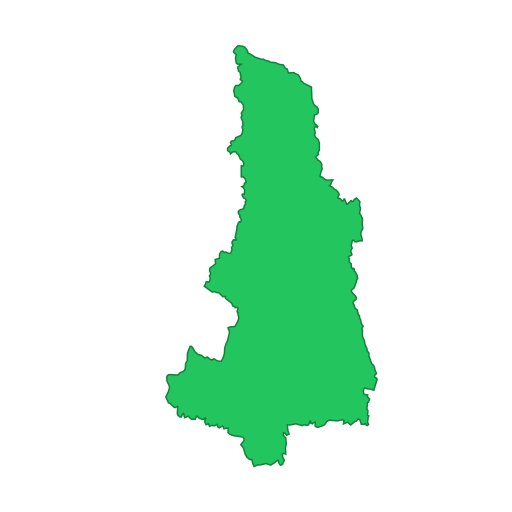 Ikongo, Vatovavy-Fitovinany, Madagascar (Natural Earth projection), rotated 351°
{"feature_id": "10022922B6018255004858", "entity_name": "Ikongo", "entity_type": "district", "adm_level": 2, "iso_a3": "MDG", "parent_name": "Madagascar", "parent_adm1": "Vatovavy-Fitovinany", "projection": "natural_earth1", "projection_center": [47.46, -21.855], "detail": "fine", "context": "isolated", "style": "filled", "palette": "green", "viewbox_px": 512, "rotation_deg": 351, "n_neighbors": 0, "source": "geoboundaries", "source_scale": "gbopen_adm2", "svg_char_len": 6121}
<svg xmlns="http://www.w3.org/2000/svg" viewBox="0 0 512 512"><g transform="rotate(351 256 256)"><path d="M144.9,381.1L146.6,387.4L147.8,388.0L151.7,392.8L152.7,393.1L154.8,392.2L155.1,392.6L153.6,399.3L154.0,401.2L155.4,402.9L157.0,403.4L159.1,400.2L159.6,400.2L160.1,400.9L160.0,402.9L160.4,404.6L164.2,403.6L165.8,406.3L167.1,407.3L170.4,407.8L172.1,405.0L173.0,405.2L174.4,407.2L177.1,408.9L178.5,409.1L180.6,408.0L180.8,408.7L179.9,410.1L179.5,412.1L180.3,414.9L182.6,414.3L183.6,417.0L185.7,416.3L188.3,417.3L191.3,416.2L191.7,419.0L192.7,420.0L196.1,418.8L197.0,419.5L197.3,421.7L201.3,421.4L201.5,422.3L200.7,426.1L202.5,428.2L205.8,430.0L214.6,432.7L215.6,434.5L215.4,436.3L211.5,439.9L213.6,443.7L214.4,450.3L215.5,453.3L217.5,455.6L218.8,456.4L220.2,456.4L220.3,460.5L221.2,463.6L225.1,462.6L227.2,463.0L233.4,462.6L237.8,464.8L242.1,463.1L244.8,461.3L246.0,461.3L246.1,463.5L246.8,465.7L247.8,466.5L249.6,465.9L252.1,462.0L251.0,459.6L250.9,455.9L252.6,455.4L254.4,456.4L255.0,450.5L256.4,446.4L257.0,440.5L254.9,437.4L255.5,434.9L257.2,435.8L258.2,437.9L260.8,437.1L260.2,433.5L260.5,427.5L262.5,428.2L269.2,428.0L275.1,430.8L276.6,430.3L280.8,431.3L281.7,430.7L283.6,427.4L284.2,428.1L283.3,429.3L285.5,430.6L286.4,429.8L288.5,429.4L287.8,433.2L288.7,434.3L290.6,434.9L296.3,433.8L298.2,432.7L300.1,430.4L302.7,429.7L310.8,431.6L315.5,431.2L317.2,432.2L316.1,435.5L320.5,434.5L323.1,437.7L327.8,434.9L329.1,434.9L331.2,433.1L332.0,433.1L333.0,434.3L333.7,438.7L336.3,439.1L338.0,438.7L338.4,440.4L339.5,440.9L340.9,439.9L340.2,437.9L341.5,432.9L342.4,431.6L341.2,430.7L342.4,426.3L341.8,424.6L341.8,423.1L342.7,421.0L342.8,418.9L343.6,418.0L344.3,418.0L345.8,414.9L344.0,412.7L344.6,410.7L341.7,409.9L341.0,409.2L340.8,406.7L341.4,404.5L343.0,403.2L345.5,404.8L347.9,405.1L351.3,407.1L356.3,396.9L356.2,395.7L354.3,394.2L354.4,392.5L356.7,390.9L355.8,387.9L355.6,384.4L354.8,382.2L353.3,380.2L352.2,373.6L351.7,373.0L352.4,369.6L351.1,367.2L351.0,364.2L349.8,360.8L349.9,356.8L348.8,353.1L348.6,350.8L349.5,346.5L349.3,344.1L350.9,342.1L349.9,340.5L349.3,337.8L349.4,335.2L348.6,333.4L348.9,331.2L347.4,329.3L347.9,328.4L347.5,326.8L347.8,325.3L345.7,323.1L345.3,319.8L344.4,318.1L344.5,317.3L346.0,315.5L348.1,314.5L348.6,313.0L348.1,311.3L344.8,306.4L344.9,304.6L347.9,302.9L351.0,297.4L351.2,296.2L353.1,293.8L352.5,292.6L353.0,291.3L351.6,287.3L350.7,285.9L350.9,284.0L350.3,283.4L349.6,283.8L348.5,282.2L348.8,278.4L347.4,277.0L347.4,274.2L347.8,273.3L347.2,271.5L347.8,270.8L350.2,270.3L351.0,269.7L350.4,266.2L350.8,265.0L352.3,263.2L351.6,260.7L353.6,255.8L355.0,255.7L355.8,257.3L357.5,257.8L360.9,257.2L363.3,257.6L363.5,255.7L362.9,251.2L363.3,249.2L365.8,245.5L366.0,240.3L366.9,236.8L366.9,234.9L365.0,229.9L366.6,225.3L366.2,222.0L367.1,218.5L364.3,214.4L361.9,215.5L360.5,217.3L359.4,217.1L358.9,216.2L358.3,216.2L355.0,218.9L353.6,218.9L352.5,213.7L352.0,213.4L351.0,214.9L350.0,215.4L348.2,212.6L345.8,211.4L347.8,208.2L347.3,206.3L345.7,203.7L343.7,202.0L342.4,200.1L339.6,198.2L341.2,196.7L342.2,194.7L343.9,192.9L337.8,192.2L335.9,191.0L333.9,188.5L332.1,187.7L331.7,186.9L333.6,182.5L335.0,180.4L334.8,178.7L335.3,176.0L334.3,172.8L332.0,170.7L330.5,167.9L331.1,166.9L333.6,165.6L333.4,163.7L335.2,161.2L336.3,154.1L335.5,150.4L333.4,148.2L332.7,145.5L333.7,143.8L333.6,139.2L334.0,138.0L335.7,137.6L336.7,138.7L337.2,137.8L336.2,136.0L334.7,134.8L334.0,131.8L335.7,126.1L339.2,125.0L340.0,123.9L340.5,120.6L339.6,118.4L337.8,116.7L336.7,114.8L336.2,112.0L335.8,109.4L337.2,97.8L329.8,92.6L329.1,91.0L327.9,90.4L327.7,87.9L326.3,83.9L322.9,81.7L322.3,80.8L316.7,80.3L316.1,76.3L314.1,74.8L312.8,71.5L309.0,70.4L305.0,67.9L300.3,66.8L299.3,65.6L295.2,63.9L294.2,62.8L292.0,62.5L286.1,59.4L282.4,56.0L279.7,54.3L279.8,52.3L277.9,48.4L275.9,46.8L271.1,45.5L267.2,48.4L265.7,50.7L266.0,51.8L268.0,53.9L266.7,57.4L266.7,62.5L267.8,63.6L271.4,64.3L267.7,66.3L267.4,67.3L267.7,70.6L269.2,72.4L268.9,74.9L269.4,76.2L268.0,79.4L269.9,80.7L270.0,81.3L269.1,82.5L265.8,84.8L262.9,84.4L261.2,86.0L259.9,89.1L260.1,95.0L262.7,97.3L263.5,101.0L265.3,101.2L267.1,105.1L266.6,109.6L264.0,112.3L263.8,112.9L264.3,114.9L262.9,116.8L263.9,121.4L263.5,125.1L262.4,126.3L262.7,129.3L261.6,132.6L260.0,134.5L254.3,136.0L253.9,137.5L252.6,138.6L249.5,138.7L248.5,140.1L249.2,141.9L248.9,143.0L247.6,143.1L245.0,144.9L244.4,146.6L244.9,148.0L246.7,149.6L246.8,151.1L249.9,149.4L252.3,150.0L253.2,152.0L254.5,153.1L255.6,157.6L258.2,160.7L258.4,162.8L257.8,164.5L256.9,165.1L255.8,164.4L255.5,164.8L253.8,175.5L254.4,175.8L255.4,175.4L257.2,177.8L257.9,181.4L255.9,182.4L255.1,184.7L252.8,185.3L254.4,187.0L255.1,188.9L254.1,193.1L252.2,192.8L251.7,193.7L253.0,196.9L253.7,197.0L254.7,198.5L255.1,200.1L253.8,200.9L253.7,203.1L252.3,204.4L251.6,206.6L250.2,207.7L247.8,207.8L245.5,209.1L245.3,211.4L246.5,213.2L246.1,214.9L247.2,218.1L246.1,220.0L245.2,219.6L244.1,219.9L241.6,224.4L241.7,225.3L238.3,234.5L239.2,236.9L238.4,237.2L236.3,236.4L234.6,238.3L234.3,239.5L234.9,242.1L233.2,243.7L233.2,246.1L231.7,249.0L230.1,249.3L228.4,248.7L226.9,247.3L225.1,247.6L224.7,246.5L223.4,245.8L222.1,246.2L220.3,248.5L219.5,252.5L215.1,253.1L214.9,257.4L208.4,260.9L207.8,263.6L208.5,265.7L208.0,267.2L206.8,268.5L207.2,269.5L207.1,271.7L206.0,274.0L205.4,274.4L203.9,273.7L202.7,273.8L201.4,276.4L200.1,277.7L207.0,284.7L209.9,284.8L211.0,285.8L213.7,286.6L216.9,291.0L219.4,291.2L219.2,292.7L219.7,293.5L224.7,299.0L225.2,301.7L227.0,302.7L227.3,303.8L228.7,303.7L229.8,304.2L230.1,304.9L228.6,307.8L228.9,309.1L229.4,309.4L229.1,311.2L229.4,314.6L227.9,317.5L224.2,322.3L219.3,322.0L217.2,322.4L217.2,323.8L218.0,325.6L217.6,328.2L214.3,335.9L212.7,337.9L210.7,342.0L209.6,347.0L208.3,350.2L205.2,354.6L201.4,353.6L198.3,350.8L196.8,351.7L195.0,351.4L192.0,348.1L189.5,348.8L186.4,345.4L183.5,344.4L180.7,341.0L178.8,336.0L177.6,334.9L176.7,335.0L173.1,341.3L171.7,348.7L169.7,351.1L168.6,355.8L167.6,357.7L166.1,358.6L162.8,359.4L160.0,361.4L152.3,359.6L150.8,359.7L149.6,360.4L148.8,361.8L148.5,365.6L149.9,370.2L150.0,372.6L148.2,376.3L144.9,381.1Z" fill="#22c55e" stroke="#15803d" stroke-width="1.5"/></g></svg>